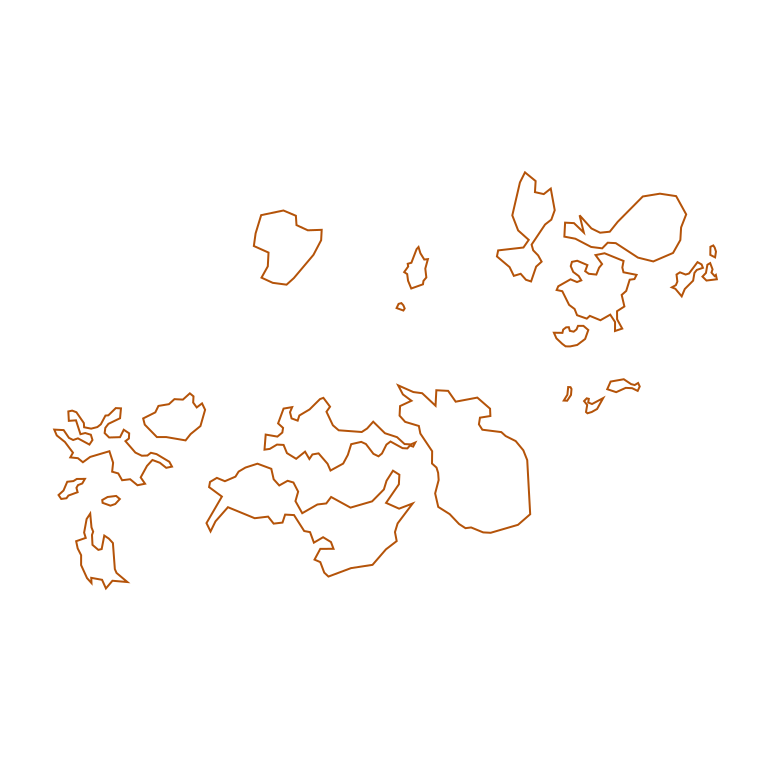 Wando-gun, South Jeolla, South Korea (Albers equal-area conic projection), rotated 183°
{"feature_id": "91817680B85222249357664", "entity_name": "Wando-gun", "entity_type": "district", "adm_level": 2, "iso_a3": "KOR", "parent_name": "South Korea", "parent_adm1": "South Jeolla", "projection": "albers", "projection_center": [126.779, 34.287], "detail": "fine", "context": "isolated", "style": "outline", "palette": "amber", "viewbox_px": 768, "rotation_deg": 183, "n_neighbors": 0, "source": "geoboundaries", "source_scale": "gbopen_adm2", "svg_char_len": 6137}
<svg xmlns="http://www.w3.org/2000/svg" viewBox="0 0 768 768"><g transform="rotate(183 384 384)"><path d="M289.5,245.3L277.2,241.0L269.7,241.0L242.8,250.4L231.2,261.6L237.0,315.5L241.4,325.1L249.5,333.9L259.8,338.4L264.3,342.1L283.4,343.5L287.1,348.7L286.4,355.4L276.1,357.6L276.8,364.9L290.1,375.3L311.5,370.1L319.6,380.5L331.4,380.5L331.4,365.0L345.4,376.8L354.3,377.5L369.8,383.4L364.6,374.6L355.7,368.7L366.8,362.8L366.8,353.2L360.9,347.3L347.0,343.9L345.1,336.4L332.4,319.4L331.9,307.1L327.2,303.3L325.3,298.1L324.4,291.0L327.2,277.4L323.4,264.1L311.6,257.5L301.7,248.1L295.1,244.3L289.5,245.3ZM428.7,223.4L425.8,216.8L439.0,216.0L444.2,205.0L438.3,202.8L433.8,192.5L429.4,188.8L407.3,198.4L386.0,202.8L373.4,219.0L363.1,227.8L365.3,236.7L363.1,245.5L349.1,266.2L362.4,260.3L375.7,265.4L363.9,284.6L363.9,294.2L370.5,297.9L376.4,287.5L378.6,278.7L389.7,266.2L411.0,258.8L430.9,268.4L435.4,261.7L444.2,260.2L458.9,250.7L466.3,262.4L464.1,272.0L469.3,280.9L475.2,282.3L483.3,277.2L489.2,283.1L492.1,293.4L506.2,297.8L518.0,293.3L524.6,288.9L527.5,283.7L537.8,278.6L546.0,281.5L552.6,277.1L553.3,271.9L540.0,263.1L554.0,235.8L549.5,227.7L545.1,238.0L533.4,252.8L506.1,243.2L492.8,245.5L486.9,238.8L478.1,240.3L475.9,248.4L467.0,248.4L456.0,233.0L450.1,232.2L445.7,221.9L436.8,227.8L428.7,223.4ZM137.0,523.5L121.5,520.5L102.2,530.0L95.6,543.3L95.5,555.9L91.1,569.2L102.1,586.9L118.4,588.5L135.4,584.8L159.1,558.2L166.5,547.9L176.1,546.4L185.0,550.2L197.5,562.7L192.4,545.7L202.7,554.6L211.6,554.6L211.6,540.6L200.5,539.1L184.3,531.7L173.2,530.9L168.0,536.8L159.9,536.8L137.0,523.5ZM445.7,311.3L436.2,301.4L432.9,294.8L420.6,302.4L416.4,311.3L413.6,322.2L403.7,325.0L398.9,323.1L390.9,313.7L385.7,311.5L382.4,314.5L378.4,323.6L374.5,326.9L362.1,320.9L357.3,320.9L354.9,323.9L351.6,323.0L349.7,327.2L354.0,325.1L360.3,325.1L368.2,331.6L380.5,334.9L392.8,345.8L398.5,338.7L403.7,334.9L426.8,335.4L432.9,340.1L440.0,353.3L436.7,358.5L443.8,367.0L447.1,365.6L457.0,354.7L466.9,348.1L468.3,342.9L474.5,344.8L476.4,350.9L474.5,356.1L483.0,354.2L487.7,339.1L482.5,334.9L483.0,330.2L487.7,325.9L499.5,327.3L499.9,312.2L494.7,313.2L487.7,317.9L481.1,317.9L477.3,309.9L467.8,304.7L459.3,312.3L454.6,305.2L451.8,309.9L445.7,311.3ZM520.1,527.7L521.2,515.0L506.2,509.2L506.2,495.4L511.9,483.8L500.4,479.2L486.5,478.1L479.6,485.0L461.2,509.3L454.3,524.3L454.3,534.7L468.1,533.5L479.7,538.1L480.8,547.4L493.5,552.0L515.5,546.2L520.1,527.7ZM156.5,458.0L156.1,449.0L149.0,451.8L154.6,460.8L155.1,468.9L148.0,474.0L151.3,485.4L147.0,489.6L144.1,501.0L139.4,501.9L137.5,506.2L150.7,508.1L152.1,512.8L151.2,519.4L170.6,526.1L179.5,523.8L172.5,515.2L175.3,511.4L177.7,504.4L185.3,504.8L189.0,507.2L187.1,513.4L197.5,517.2L202.7,515.8L203.7,511.5L200.9,505.8L195.2,502.0L192.4,497.8L196.6,495.9L203.2,498.3L215.1,490.7L216.5,486.9L210.8,486.0L203.3,472.7L197.6,468.9L194.8,462.8L184.9,459.9L182.0,462.8L171.2,459.0L161.7,465.1L156.5,458.0ZM624.9,270.0L617.4,271.9L622.1,278.0L616.4,289.8L611.3,296.0L603.7,293.6L597.1,288.9L591.4,290.4L594.3,295.1L607.5,302.1L613.2,303.1L616.5,300.2L622.1,299.7L628.7,302.5L639.2,313.4L635.9,316.2L635.9,321.4L641.5,324.7L644.8,317.1L655.7,316.2L660.4,320.4L660.0,325.6L657.1,329.8L645.8,336.0L645.4,345.9L650.6,345.9L657.6,338.3L660.5,337.9L664.7,328.9L668.0,326.0L674.1,324.1L681.2,325.1L681.7,329.3L689.7,339.7L694.0,341.1L697.8,340.1L696.8,330.7L689.7,331.6L684.5,318.0L679.8,319.4L674.1,318.0L672.2,312.8L675.0,308.1L686.8,313.7L691.5,311.8L695.8,313.7L701.5,321.2L710.9,321.2L708.1,315.5L699.6,309.4L691.0,299.1L693.4,294.3L685.8,293.9L680.6,290.1L673.6,295.8L654.7,302.5L650.4,291.2L650.9,282.2L644.7,280.8L640.5,274.2L632.5,275.6L624.9,270.0ZM247.7,495.5L242.5,494.1L238.2,509.2L233.0,514.4L236.8,520.5L242.0,525.3L243.9,530.9L231.5,551.7L225.5,556.9L222.6,566.5L227.7,587.9L234.4,582.0L243.3,583.5L243.2,594.6L254.3,602.7L258.8,592.4L264.7,559.1L258.1,544.4L247.0,535.5L251.9,527.6L277.0,523.4L277.9,517.3L264.7,507.3L260.0,498.8L253.3,501.2L247.7,495.5ZM598.6,319.6L579.2,317.3L574.5,323.9L565.1,332.4L561.3,348.9L564.7,355.1L569.8,350.8L573.6,355.5L573.6,361.7L577.4,364.5L584.0,357.9L592.5,357.9L597.7,352.6L608.1,350.3L610.9,343.7L622.7,337.0L620.8,330.9L608.0,319.1L598.6,319.6ZM651.0,165.3L644.9,173.3L629.9,172.8L641.2,181.3L643.1,185.1L646.4,211.0L650.7,215.2L655.4,218.0L657.3,204.4L660.6,203.4L666.7,208.1L667.7,218.0L666.7,221.3L668.6,225.5L670.6,239.2L673.9,233.6L675.7,219.9L673.8,214.7L683.2,210.9L681.3,203.8L677.5,197.2L677.0,187.3L670.4,174.6L665.7,169.9L666.2,175.1L655.3,173.7L651.0,165.3ZM358.5,520.4L363.0,506.5L366.6,505.3L366.0,502.6L369.7,496.8L366.6,495.0L365.4,488.4L361.8,480.8L350.3,485.6L350.0,489.0L347.3,492.6L348.8,501.4L346.7,511.0L350.3,510.4L354.5,516.5L356.7,522.6L358.5,520.4ZM208.5,444.4L217.0,444.1L214.2,438.6L208.2,433.5L204.6,431.1L200.0,431.3L193.1,433.1L185.5,439.5L182.8,448.6L187.9,452.5L193.3,452.2L194.6,448.6L197.3,446.2L201.2,446.8L202.4,450.4L205.1,450.1L207.9,447.7L208.5,444.4ZM97.6,508.6L96.4,501.6L97.7,498.0L101.6,495.6L98.0,494.3L91.3,487.1L88.6,494.6L80.7,503.4L79.8,511.2L77.6,514.3L71.6,516.7L73.1,520.0L77.3,522.1L85.2,510.3L88.5,509.1L94.3,511.0L97.6,508.6ZM160.8,390.5L151.7,388.0L142.4,392.8L136.0,392.8L130.3,390.4L128.5,394.9L130.3,398.3L133.6,396.1L137.2,396.8L144.8,401.3L157.8,398.3L160.8,390.5ZM685.8,273.1L689.1,270.8L695.2,269.8L698.5,260.8L703.2,256.1L700.3,252.3L695.1,253.3L693.3,256.1L684.3,259.9L685.7,264.2L684.3,267.0L680.1,268.9L677.7,273.6L685.8,273.1ZM183.3,377.4L180.0,373.7L180.8,366.6L179.3,365.4L175.1,366.9L169.9,370.2L164.4,381.4L175.2,374.9L179.1,376.2L178.7,379.9L180.8,380.3L183.3,377.4ZM71.6,507.9L67.4,504.2L57.1,506.0L58.3,510.3L59.5,509.1L62.8,512.4L61.9,515.7L64.6,521.8L67.3,520.0L68.3,511.8L71.6,507.9ZM654.1,256.7L659.3,253.4L658.8,250.6L650.8,248.2L646.1,250.1L641.8,255.3L645.6,258.2L654.1,256.7ZM199.9,390.6L200.3,382.9L203.6,376.9L200.2,376.9L196.7,382.8L196.5,388.8L197.6,390.6L199.9,390.6ZM65.2,538.1L64.9,530.0L60.0,527.8L59.4,533.6L60.9,537.5L62.4,539.6L65.2,538.1ZM373.6,464.8L375.4,460.5L368.5,458.4L367.3,460.5L368.8,463.6L370.9,465.7L373.6,464.8Z" fill="none" stroke="#b45309" stroke-width="2"/></g></svg>